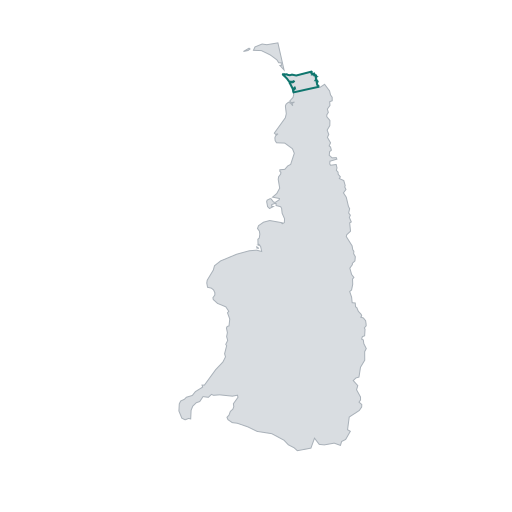 Güer Aike, Santa Cruz, Argentina shown in context, rotated 166°
{"feature_id": "61730980B56904104065194", "entity_name": "Güer Aike", "entity_type": "district", "adm_level": 2, "iso_a3": "ARG", "parent_name": "Argentina", "parent_adm1": "Santa Cruz", "projection": "albers", "projection_center": [-69.615, -51.54], "detail": "fine", "context": "in_parent", "style": "outline", "palette": "teal", "viewbox_px": 512, "rotation_deg": 166, "n_neighbors": 0, "source": "geoboundaries", "source_scale": "gbopen_adm2", "svg_char_len": 6831}
<svg xmlns="http://www.w3.org/2000/svg" viewBox="0 0 512 512"><g transform="rotate(166 256 256)"><path d="M313.7,161.2L310.0,165.5L310.1,168.8L306.2,176.0L306.7,177.6L303.9,180.9L304.0,184.9L302.3,188.5L302.1,193.3L301.0,194.6L299.1,194.7L296.7,201.2L297.4,207.8L295.8,208.9L297.6,214.0L304.8,219.3L308.0,224.1L307.9,225.9L305.4,228.1L304.8,230.3L305.4,233.4L307.1,235.6L310.6,237.4L310.3,241.7L309.2,244.3L300.8,252.7L298.6,256.6L291.5,259.8L274.4,262.4L261.3,262.7L254.0,261.5L249.4,259.0L249.2,264.5L251.4,266.3L250.2,266.3L251.1,267.4L250.1,271.8L248.5,272.6L247.0,276.2L246.7,279.4L247.9,282.3L246.2,284.8L240.5,287.0L234.1,287.1L222.5,281.9L223.0,281.2L222.4,280.9L220.4,281.6L219.3,285.3L220.3,291.2L219.6,296.2L220.2,297.9L224.3,300.1L223.8,302.1L225.2,302.4L228.3,302.1L228.8,300.5L227.2,299.8L231.4,298.8L232.8,301.1L232.5,306.2L231.7,307.5L228.4,308.2L227.6,307.9L226.0,304.2L224.5,303.3L219.9,304.9L219.3,306.1L225.7,309.1L220.7,311.6L216.6,316.1L215.9,325.0L214.9,327.4L212.2,329.6L211.6,331.3L212.4,332.3L212.0,333.9L207.1,333.1L203.4,335.7L200.2,336.5L194.0,346.4L194.7,351.3L200.8,358.6L208.7,360.9L209.5,363.3L209.1,366.1L208.0,367.8L205.1,369.2L207.6,369.3L208.5,370.8L194.1,383.0L192.2,386.7L191.2,394.4L190.1,396.0L187.3,397.4L185.4,395.8L184.0,392.9L184.0,395.3L181.4,396.1L184.5,396.2L185.9,398.1L181.7,400.9L180.4,403.4L179.9,407.0L178.3,409.0L179.5,408.6L180.6,415.6L177.4,416.1L181.3,417.3L185.7,425.3L185.3,425.9L185.2,425.1L173.5,421.4L157.8,421.2L158.0,420.1L154.2,415.9L154.9,412.9L154.3,410.3L155.0,407.9L154.4,405.1L153.0,404.2L147.9,406.0L144.7,398.4L144.7,394.2L143.7,391.6L144.5,388.2L147.2,387.9L147.8,384.2L151.2,381.3L151.1,377.8L153.2,375.8L153.6,374.0L151.5,369.6L152.8,364.7L156.5,360.9L156.0,356.3L158.0,353.9L156.3,347.8L158.4,345.1L157.3,343.7L157.3,340.4L159.3,339.5L160.6,336.0L158.4,332.8L154.3,332.0L154.1,330.4L161.3,330.1L162.2,327.5L161.7,326.0L156.1,325.4L156.1,321.9L157.3,319.7L156.1,317.5L156.5,315.4L155.0,312.4L156.4,311.0L152.6,308.0L152.4,302.8L153.2,301.5L152.6,298.8L155.9,296.1L154.2,291.2L154.3,281.7L153.7,279.2L155.7,275.3L154.6,272.8L156.1,270.8L155.3,266.0L157.1,265.5L158.3,257.2L162.8,254.7L163.7,253.0L160.3,242.6L160.6,238.7L159.9,236.9L160.7,234.6L159.8,231.3L161.2,227.3L164.3,225.6L164.6,224.3L167.9,221.5L167.7,214.9L166.2,211.5L167.9,210.3L169.0,205.2L171.5,199.9L173.7,198.9L173.2,192.9L174.0,187.4L171.1,186.4L171.7,182.6L170.7,181.6L170.1,177.6L168.1,174.0L167.9,172.4L169.1,171.3L166.8,169.9L165.3,166.7L165.6,163.6L166.0,161.6L168.3,160.0L167.9,158.6L169.9,152.3L172.3,152.0L173.6,149.8L172.2,148.6L172.6,144.9L171.4,139.5L173.7,136.9L175.7,128.6L181.5,122.8L185.4,113.6L188.5,113.5L191.8,111.6L188.6,105.6L190.8,101.9L188.7,93.9L189.4,91.0L191.4,89.3L189.3,86.3L190.0,83.9L193.2,81.1L204.5,77.2L209.2,65.3L206.9,63.1L213.4,56.3L217.8,55.3L219.9,51.8L225.4,55.5L235.4,56.2L240.2,57.9L243.3,65.1L249.2,56.3L263.0,57.1L265.4,60.7L270.3,65.0L273.4,70.5L283.7,79.8L297.3,85.5L305.3,92.2L314.7,98.3L319.4,100.1L322.8,104.0L323.2,106.5L320.7,108.1L318.5,111.4L315.5,113.0L314.0,115.2L313.7,118.1L307.7,123.2L307.6,125.4L312.8,125.7L324.9,130.1L330.9,131.1L332.7,132.5L336.4,130.4L341.4,132.4L345.8,128.4L349.4,128.1L353.7,125.6L356.3,122.0L358.8,113.7L360.7,114.7L364.4,114.2L367.2,116.6L368.3,124.3L366.2,131.1L364.2,133.5L360.1,134.3L357.7,135.8L351.5,136.1L347.6,139.1L339.5,141.7L339.6,143.8L337.3,143.2L322.6,155.5L313.7,161.2ZM183.2,457.5L183.8,429.7L186.7,435.1L185.2,434.8L184.8,437.4L187.2,438.0L188.3,441.3L193.5,447.6L201.1,454.0L208.7,456.2L206.4,459.1L198.8,460.2L194.4,458.4L183.2,457.5ZM211.7,458.3L214.1,457.3L218.7,457.5L212.5,459.3L211.7,458.3ZM253.2,263.5L253.0,264.7L251.4,262.7L253.2,263.5Z" fill="#d9dde1" stroke="#a8b0b8" stroke-width="1"/><path d="M168.0,405.4L161.1,405.2L154.7,405.0L154.7,405.4L154.6,405.5L154.4,405.5L154.3,405.8L154.3,406.0L154.5,406.1L154.7,406.4L154.8,406.4L154.8,406.5L155.0,406.8L155.1,407.0L155.0,407.3L155.1,407.5L155.2,407.8L155.1,408.0L155.1,408.3L155.1,408.5L155.1,409.0L155.1,409.5L155.0,409.4L154.8,409.5L154.8,409.4L154.7,409.4L154.5,409.5L154.4,409.5L154.4,409.4L154.3,410.1L154.1,410.2L154.1,410.3L154.0,410.5L154.1,410.8L154.3,411.1L154.4,411.3L154.5,411.4L154.5,411.5L154.8,411.7L155.0,411.8L155.3,412.1L155.3,412.3L155.2,412.4L155.2,412.5L155.3,412.5L155.2,412.6L154.9,412.8L154.9,413.0L154.6,413.1L154.5,413.3L154.4,413.3L154.6,413.4L154.6,413.5L154.7,413.4L154.8,413.5L154.9,413.8L154.9,414.0L154.7,414.4L154.7,414.5L154.7,414.8L154.8,414.9L154.8,415.0L154.7,415.1L154.6,415.4L154.7,415.7L154.4,415.6L154.2,415.6L154.3,415.7L154.3,415.8L154.2,416.0L154.0,416.3L154.0,416.5L154.3,416.5L154.5,416.6L154.8,416.5L155.0,416.9L155.0,417.0L155.3,417.1L155.2,417.2L155.2,417.3L155.2,417.5L155.1,417.8L155.3,418.0L155.6,417.9L155.6,418.0L155.7,417.9L155.8,418.0L156.0,418.1L156.3,418.2L156.1,418.3L156.3,418.4L156.3,418.5L156.5,418.4L156.6,418.5L156.7,418.8L156.9,418.8L157.0,418.8L156.9,418.9L157.1,418.9L157.5,419.4L157.7,419.6L157.8,419.9L157.9,420.0L158.0,420.0L158.0,420.3L158.1,420.5L157.9,420.7L157.7,420.9L157.4,421.1L157.5,421.3L157.8,421.3L158.0,421.4L158.0,421.5L173.3,421.4L177.2,423.3L179.5,423.2L180.4,423.7L181.1,423.9L182.2,424.9L183.2,425.0L184.2,425.3L184.3,425.5L184.7,425.6L185.5,425.6L185.5,426.3L185.4,426.4L185.5,426.3L185.8,425.9L186.0,425.7L186.0,425.4L185.5,424.6L184.3,422.8L183.3,421.1L182.9,420.4L182.7,419.8L182.2,418.5L181.7,417.4L181.6,417.2L181.5,416.8L181.4,416.7L181.2,416.4L180.9,416.4L180.9,416.5L180.7,416.5L180.4,416.7L180.3,416.8L180.2,416.8L180.1,417.0L180.2,416.9L180.2,416.7L179.9,416.7L179.1,416.3L178.9,416.3L178.7,416.2L178.4,416.1L178.0,416.2L177.5,416.4L177.4,416.3L177.1,416.3L176.9,416.4L176.9,416.5L176.7,416.5L176.4,416.5L176.2,416.6L176.4,416.5L176.7,416.4L176.8,416.3L177.0,416.2L177.5,416.0L177.6,415.9L178.0,415.7L178.4,415.7L178.6,415.7L178.8,415.8L179.1,415.9L179.2,416.0L179.8,416.3L180.0,416.3L180.3,416.2L180.5,415.9L180.8,415.8L181.0,415.8L181.2,416.0L181.4,415.9L181.5,415.7L181.4,415.4L181.1,414.4L180.9,413.4L180.8,413.1L180.7,412.7L180.5,411.5L180.4,411.3L180.3,411.0L180.2,410.8L180.2,410.5L180.0,409.7L180.0,409.4L180.0,409.2L179.9,409.0L179.9,408.6L179.8,408.4L179.7,408.4L179.5,408.5L179.2,408.7L179.0,408.8L178.9,408.9L178.8,409.0L178.6,409.1L178.5,409.3L178.4,409.3L178.1,409.6L178.0,409.8L177.9,409.9L177.8,410.0L177.7,409.9L177.7,410.0L177.8,410.0L177.7,410.0L177.4,410.1L177.5,410.1L177.6,409.9L177.8,409.7L178.0,409.7L178.1,409.4L178.2,409.2L178.3,408.9L178.6,408.5L178.8,408.4L179.0,408.2L179.3,408.2L179.3,408.3L179.4,408.2L179.5,407.9L179.7,407.6L179.9,407.5L180.0,407.5L179.9,407.5L179.7,407.7L179.8,407.7L180.1,407.4L180.1,407.1L180.1,406.9L180.1,406.2L180.0,405.7L173.4,405.5L168.0,405.4ZM177.9,409.9L177.7,409.8L177.5,410.0L177.7,409.9L177.8,409.9L177.9,409.9Z" fill="none" stroke="#0f766e" stroke-width="2"/></g></svg>